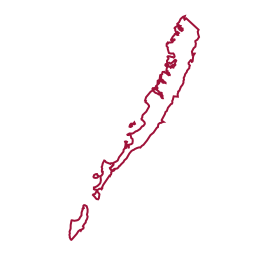 Jose Santos Guardiola, Islas de la Bahía, Honduras (Albers equal-area conic projection), rotated 133°
{"feature_id": "27666195B83736805727119", "entity_name": "Jose Santos Guardiola", "entity_type": "district", "adm_level": 2, "iso_a3": "HND", "parent_name": "Honduras", "parent_adm1": "Islas de la Bahía", "projection": "albers", "projection_center": [-86.302, 16.402], "detail": "fine", "context": "isolated", "style": "outline", "palette": "rose", "viewbox_px": 256, "rotation_deg": 133, "n_neighbors": 0, "source": "geoboundaries", "source_scale": "gbopen_adm2", "svg_char_len": 5877}
<svg xmlns="http://www.w3.org/2000/svg" viewBox="0 0 256 256"><g transform="rotate(133 128 128)"><path d="M8.1,160.1L10.2,160.5L10.1,160.8L9.2,161.0L9.4,161.9L8.8,162.1L8.9,162.7L7.8,162.5L7.4,162.7L9.2,163.6L12.3,163.9L15.8,162.8L18.3,163.0L18.6,162.5L18.2,161.9L17.9,159.7L17.5,159.1L17.8,159.0L18.8,159.3L18.5,157.5L19.1,158.0L19.1,157.3L18.9,156.7L18.1,155.9L19.1,154.7L20.4,154.9L20.9,157.2L20.5,159.3L19.4,160.6L19.1,161.4L22.7,162.2L23.2,162.1L23.3,161.1L24.3,160.1L25.1,158.2L25.0,157.7L24.0,157.4L23.9,155.6L25.3,155.8L25.8,154.8L26.1,155.0L26.6,156.3L26.1,157.5L27.4,157.9L28.3,157.5L30.7,157.5L34.2,156.7L34.4,156.3L34.1,155.4L33.4,155.1L32.7,155.5L31.6,154.7L31.5,154.3L31.8,154.0L33.6,154.4L35.0,154.0L36.4,155.1L37.4,156.3L38.7,156.4L38.5,157.2L40.1,157.1L41.7,155.7L42.0,153.7L42.9,153.1L45.2,149.3L44.4,147.5L42.6,145.7L42.9,144.3L43.9,142.7L44.6,142.5L45.4,142.6L45.8,144.1L46.5,144.8L46.9,146.0L48.0,147.5L48.5,147.8L49.0,147.7L49.3,146.0L49.9,145.6L52.1,145.4L53.2,144.4L53.2,143.3L52.0,142.2L52.2,141.1L52.0,140.8L49.5,140.2L46.7,140.2L46.0,140.0L45.7,139.6L45.9,138.6L48.0,138.1L49.6,137.2L49.6,136.4L50.6,136.4L50.6,137.7L50.9,138.1L52.4,138.5L52.9,137.8L52.6,136.1L52.8,136.0L53.9,138.0L54.5,137.7L54.8,137.8L54.3,139.1L55.2,139.7L55.2,140.4L54.7,141.2L55.2,141.4L57.5,140.6L59.8,139.1L60.0,138.5L59.4,137.8L60.4,136.6L59.8,135.7L60.2,135.1L60.5,133.8L60.8,133.6L61.1,134.1L61.5,134.2L61.4,134.9L61.8,135.3L61.7,137.5L62.3,138.7L62.0,139.6L63.3,140.8L63.5,140.6L64.4,140.5L65.2,139.7L67.4,140.5L70.1,138.6L70.0,138.2L69.0,139.1L67.3,139.8L66.8,139.6L67.0,139.3L69.7,137.4L69.2,135.3L69.5,133.9L69.2,131.5L69.5,131.2L70.1,132.5L70.7,132.8L71.2,133.7L70.8,135.5L71.5,136.4L72.1,136.5L74.2,135.8L78.2,136.1L78.4,136.0L78.1,135.2L78.3,134.2L78.7,133.6L79.3,133.4L79.7,133.6L79.9,134.1L79.5,135.2L79.6,135.5L81.0,136.0L81.9,137.0L82.6,136.9L83.0,136.5L83.0,136.0L81.4,135.1L80.5,133.4L80.3,130.4L80.7,129.3L80.1,128.3L79.7,128.1L79.4,127.2L80.3,126.5L80.9,124.6L82.0,123.9L82.5,122.9L82.8,123.2L82.9,123.9L81.7,127.7L82.6,128.6L82.7,130.1L83.4,131.5L83.7,133.0L83.3,134.6L83.6,135.4L85.9,136.2L93.1,135.8L96.4,134.2L96.0,133.3L97.2,132.7L96.9,130.9L97.0,129.4L97.3,128.0L98.0,127.2L103.6,125.8L108.3,126.1L109.6,125.6L110.6,124.7L112.0,124.5L112.6,123.7L112.3,122.9L112.5,119.9L113.1,118.9L113.9,118.4L116.0,118.2L117.3,118.8L120.6,118.5L123.9,119.3L125.3,120.1L127.8,120.5L129.1,121.0L131.0,123.2L133.2,123.9L133.4,123.5L132.6,122.6L131.3,122.4L130.9,121.9L133.1,118.8L132.9,117.4L133.2,116.9L134.2,115.7L136.1,114.4L137.4,114.5L140.2,116.3L140.2,115.5L142.3,113.5L141.3,115.5L140.6,116.0L140.9,116.4L141.9,116.6L140.9,117.8L140.8,118.8L141.1,119.1L143.2,117.3L143.1,116.7L143.7,115.8L144.1,115.9L144.0,117.1L145.1,116.5L146.8,116.4L148.4,115.2L155.5,114.6L158.7,113.4L160.0,113.6L163.8,115.0L164.3,113.9L165.1,113.4L168.5,113.5L169.5,113.9L170.1,111.7L170.0,111.1L169.2,110.3L167.2,110.1L165.2,108.4L163.7,108.1L161.9,108.5L160.9,108.1L159.7,108.3L155.9,108.1L154.2,108.6L151.2,108.3L145.8,109.6L142.5,109.8L141.0,109.4L140.1,108.9L138.8,108.7L136.4,107.7L134.5,106.6L133.9,105.6L131.8,105.7L129.7,105.2L124.1,105.6L117.9,106.7L114.0,106.2L108.1,107.1L107.0,106.7L104.9,108.2L104.2,108.4L102.6,108.1L101.3,107.1L100.1,106.9L99.3,106.2L99.6,108.3L99.2,108.8L92.7,110.5L90.7,111.5L89.1,111.2L85.9,112.6L81.3,112.9L80.1,112.4L79.0,113.0L78.1,114.1L76.7,114.5L73.7,116.2L71.1,112.9L69.3,114.9L67.6,115.6L67.1,116.2L65.7,115.9L61.8,117.4L59.3,117.6L57.1,118.3L55.7,119.6L54.5,120.0L53.4,121.4L51.3,122.0L49.7,122.9L47.0,123.2L45.7,123.9L42.4,124.0L41.5,124.8L40.1,125.4L39.8,127.4L39.0,128.1L35.6,128.4L35.1,127.7L36.0,126.4L35.6,126.2L34.9,126.4L31.5,129.0L29.8,129.8L28.8,129.8L28.1,130.0L28.5,130.5L30.4,130.9L28.5,133.4L25.0,134.4L22.5,134.2L19.9,136.0L19.1,137.5L18.4,138.1L16.1,137.5L13.0,138.1L11.5,140.7L10.0,142.7L8.0,143.4L8.1,160.1ZM227.8,94.5L226.0,94.5L224.7,95.4L222.5,95.9L220.4,97.0L219.3,99.0L217.1,100.2L215.0,102.1L213.4,104.9L213.9,107.0L214.6,107.6L215.3,107.6L216.5,106.6L217.2,106.4L215.9,105.4L217.0,105.8L218.0,105.8L221.3,104.4L223.7,102.4L226.2,102.1L227.7,101.6L229.6,101.9L231.0,102.8L232.5,104.0L233.8,106.2L234.1,106.3L238.0,103.8L240.8,101.3L243.6,100.1L244.9,98.5L246.1,98.0L247.0,96.6L247.7,96.1L248.6,93.8L248.3,93.1L246.8,93.1L240.6,93.3L237.3,93.9L235.3,93.5L235.4,92.4L234.1,92.7L231.9,92.1L230.8,92.8L230.6,94.0L227.8,94.5ZM186.6,107.3L175.7,109.0L175.5,108.4L174.7,108.9L173.6,108.7L172.4,109.4L171.9,110.1L171.1,110.3L168.6,109.2L167.2,109.4L167.2,109.7L169.4,110.1L170.0,110.7L170.3,111.8L169.9,113.6L169.7,113.9L169.3,114.0L168.1,113.6L166.8,113.8L165.3,113.6L164.6,114.2L164.3,115.1L165.3,116.4L166.2,116.3L168.0,120.7L167.7,122.4L168.0,123.2L171.2,122.3L173.5,120.9L174.5,120.7L175.3,119.1L176.5,118.5L177.8,117.2L177.8,116.9L177.3,116.5L178.8,115.2L180.8,114.9L182.0,115.3L184.7,112.2L186.8,110.9L188.1,110.6L191.2,110.8L193.6,111.6L194.7,112.4L196.0,111.2L195.8,110.4L195.0,109.5L194.5,108.1L192.0,107.5L191.1,106.7L190.9,105.5L189.4,105.8L189.3,106.4L186.6,107.3ZM200.2,108.1L200.9,108.0L201.1,104.7L201.4,103.5L201.3,102.4L200.5,101.2L199.3,101.4L195.9,103.7L195.3,107.0L195.7,107.6L196.1,107.8L198.5,107.1L199.0,107.2L200.2,108.1ZM185.3,120.7L187.1,120.1L187.5,119.4L187.4,118.8L186.7,117.7L185.3,116.6L183.3,116.5L183.1,116.9L183.4,118.1L182.8,119.2L183.4,119.9L185.3,120.7ZM122.7,128.7L124.2,128.7L125.7,128.0L126.0,127.8L125.8,127.2L125.4,126.7L124.3,126.4L124.3,126.9L123.6,126.9L123.4,127.5L123.1,127.6L121.9,127.0L120.8,125.8L120.2,125.7L119.6,127.2L121.2,127.0L122.7,128.7ZM55.6,144.0L56.6,143.6L56.8,142.7L56.2,141.8L55.6,142.0L55.5,142.5L55.1,142.2L54.7,142.4L55.1,143.7L55.6,144.0ZM140.0,120.9L140.3,120.4L140.4,118.7L138.8,119.3L139.2,120.4L140.0,120.9ZM73.2,138.5L74.9,137.1L74.4,137.1L73.7,137.8L71.9,137.1L71.4,137.4L72.1,138.2L73.2,138.5Z" fill="none" stroke="#9f1239" stroke-width="2"/></g></svg>